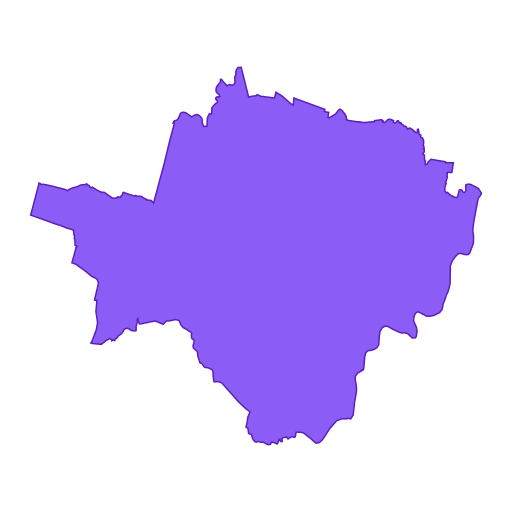 outline of Kota Surakarta, Jawa Tengah, Indonesia
{"feature_id": "22746128B33460906687482", "entity_name": "Kota Surakarta", "entity_type": "district", "adm_level": 2, "iso_a3": "IDN", "parent_name": "Indonesia", "parent_adm1": "Jawa Tengah", "projection": "natural_earth1", "projection_center": [110.818, -7.559], "detail": "fine", "context": "isolated", "style": "filled", "palette": "violet", "viewbox_px": 512, "rotation_deg": 0, "n_neighbors": 0, "source": "geoboundaries", "source_scale": "gbopen_adm2", "svg_char_len": 6038}
<svg xmlns="http://www.w3.org/2000/svg" viewBox="0 0 512 512"><path d="M173.1,123.1L174.1,123.1L174.1,124.3L173.5,126.7L170.0,139.5L164.6,162.0L153.6,203.0L151.0,200.4L147.8,200.1L146.7,199.3L146.2,200.0L144.9,198.5L142.6,197.5L141.9,196.5L137.1,196.1L135.5,195.5L135.0,196.1L127.8,194.0L123.5,192.3L123.1,192.6L122.0,195.3L121.2,195.8L120.5,197.4L118.3,196.8L117.4,196.9L117.0,197.3L116.6,198.2L112.5,198.1L104.4,192.4L101.1,192.1L100.1,191.7L96.5,189.8L92.3,187.1L92.0,187.5L90.6,187.7L88.9,185.3L87.8,185.1L86.7,183.8L84.7,184.7L83.2,184.6L80.5,185.1L77.0,186.8L75.2,187.1L74.1,187.7L73.4,187.6L68.7,189.6L67.4,190.7L65.6,189.6L50.9,185.8L43.0,184.2L41.1,184.5L40.2,183.5L39.1,183.0L30.7,215.1L56.1,224.2L59.7,225.2L66.4,227.9L73.4,230.0L73.9,234.9L74.5,235.7L74.4,238.8L74.9,240.4L75.1,245.3L76.5,245.7L76.7,246.2L76.2,247.0L76.5,247.1L76.2,247.3L71.9,262.8L76.0,264.3L80.5,267.7L83.2,269.4L91.9,276.5L94.4,277.6L97.1,279.3L98.1,282.0L98.4,283.5L94.5,300.1L96.9,300.5L95.9,311.6L97.4,321.4L97.4,323.6L96.3,329.8L91.9,341.4L90.8,343.0L91.6,343.4L101.3,344.4L106.4,340.4L109.9,338.5L111.3,339.6L111.9,339.7L111.9,340.7L113.4,340.0L114.7,340.6L115.1,339.4L117.8,337.1L117.8,336.5L118.2,336.0L121.7,333.6L123.6,330.8L123.9,329.5L125.9,328.6L127.2,328.3L128.7,328.7L131.2,330.4L133.4,330.9L135.9,330.8L136.2,330.2L136.1,326.8L137.4,321.0L137.2,319.3L138.0,318.6L137.9,320.7L138.3,321.6L139.3,323.8L140.1,324.0L143.2,323.5L144.8,322.7L145.8,323.0L149.0,322.2L150.3,321.6L151.9,321.8L153.9,321.0L155.9,321.3L163.3,324.3L166.4,320.9L169.3,320.9L175.5,319.6L178.2,320.2L179.4,321.1L180.7,324.5L183.1,327.6L186.2,329.2L189.1,331.2L190.8,332.1L191.4,332.7L191.7,333.6L191.3,335.4L191.6,337.7L192.1,338.8L193.5,339.6L194.0,340.6L194.1,341.8L193.0,345.7L193.4,348.0L197.2,351.5L197.6,353.2L197.8,355.9L200.0,362.9L201.7,363.4L204.3,367.0L205.8,367.7L206.8,367.5L208.9,368.1L211.8,369.5L212.3,370.0L213.1,372.3L213.1,375.9L213.9,381.4L214.3,381.9L217.2,381.6L218.8,381.8L221.2,382.6L222.4,383.6L238.3,401.6L245.9,408.8L250.0,411.8L247.9,417.1L247.5,418.9L247.2,422.1L246.0,427.0L246.2,427.4L247.9,428.2L248.6,433.4L249.6,434.0L251.4,434.3L252.5,438.3L253.6,440.4L254.6,441.1L255.1,441.9L256.5,442.1L258.2,441.5L261.3,442.3L262.8,442.2L264.5,442.8L267.3,444.4L268.8,444.7L270.3,444.4L270.7,444.0L271.4,442.1L271.9,442.0L275.2,443.0L276.9,444.0L277.4,443.8L277.8,443.2L279.1,439.4L279.7,439.4L280.3,441.1L281.4,441.7L282.0,441.6L282.3,441.2L282.3,440.4L281.7,438.8L283.0,437.8L286.4,437.0L286.8,437.2L287.7,438.8L288.2,438.9L290.4,437.3L292.1,436.6L294.2,437.4L295.0,437.1L295.6,435.4L296.0,432.3L297.3,432.1L302.4,432.5L303.6,433.0L310.4,438.3L315.2,442.6L316.0,443.1L318.5,442.9L320.1,442.0L322.0,440.2L324.3,437.2L329.6,428.7L336.8,420.6L341.7,418.9L346.4,418.8L349.2,418.4L350.7,418.9L353.2,415.0L354.7,401.4L356.2,393.2L356.6,389.4L356.1,384.2L355.3,380.3L355.2,377.7L355.5,376.1L357.6,373.1L362.5,370.3L361.3,369.7L363.0,370.0L363.8,368.3L364.7,357.0L365.8,352.8L367.7,350.8L371.9,350.2L374.9,349.0L376.6,347.9L377.6,346.7L378.7,344.7L379.3,336.8L380.0,331.4L382.1,327.9L383.7,326.8L386.2,326.0L388.1,326.6L393.2,329.5L398.0,331.7L401.6,333.0L404.4,332.7L407.5,333.5L412.3,338.0L415.0,337.9L416.2,336.8L417.1,331.2L416.3,327.0L413.6,320.9L413.8,317.5L415.1,313.9L416.6,312.3L418.1,311.8L420.7,313.0L426.5,316.2L429.5,316.2L433.2,315.6L435.7,314.6L439.7,312.5L442.2,309.3L443.1,304.2L445.7,297.5L446.2,295.3L447.7,292.5L448.7,289.6L450.1,283.5L450.4,265.7L452.3,260.8L454.9,257.2L457.7,254.2L459.2,253.4L461.7,253.6L464.8,254.6L468.1,254.6L469.7,253.1L473.4,243.4L473.6,236.7L472.8,230.6L473.1,226.9L474.0,220.5L478.2,198.2L479.5,196.9L480.7,194.7L481.2,194.2L481.3,192.8L478.3,188.4L470.6,184.3L467.8,184.1L465.9,184.8L465.6,186.6L466.0,189.9L465.4,191.5L464.4,192.5L463.0,192.0L461.8,190.0L460.5,189.6L459.2,190.2L457.7,196.4L456.6,197.6L454.2,197.1L449.5,194.5L449.3,194.0L447.2,192.3L446.0,192.8L444.9,190.6L444.8,187.4L446.2,183.3L445.9,182.9L445.7,181.7L446.1,181.2L447.4,177.1L447.4,176.7L447.0,176.2L447.4,173.4L446.8,172.9L448.1,172.2L451.0,172.6L451.9,172.5L453.3,162.7L445.6,162.7L445.6,162.0L445.2,161.7L430.9,159.3L428.0,162.2L427.2,164.2L425.2,164.5L425.4,160.9L424.6,160.1L424.4,155.0L422.7,154.0L424.3,151.7L424.3,149.7L423.5,148.6L423.6,148.2L424.1,148.2L423.8,146.1L423.2,145.3L423.7,142.6L423.5,140.1L422.4,137.8L421.4,137.8L420.6,137.1L420.9,135.3L420.3,134.7L419.1,134.4L418.9,131.8L418.3,129.2L417.5,129.4L417.3,130.1L417.4,132.0L416.8,132.8L415.8,132.6L414.4,131.1L413.7,131.2L413.1,130.0L409.9,128.0L408.7,128.4L407.6,129.2L406.3,126.9L405.6,126.2L404.4,126.4L403.0,124.8L401.5,124.1L401.2,123.1L400.8,122.7L400.2,123.2L399.8,123.0L398.2,120.7L397.3,120.8L395.8,122.7L394.7,123.0L393.4,122.5L393.3,121.5L393.7,120.8L393.5,120.5L393.1,120.7L392.2,120.4L391.8,119.6L390.3,119.7L389.9,119.2L388.0,119.5L385.0,122.4L383.0,122.4L383.1,121.3L382.8,121.5L382.4,121.3L382.4,120.7L381.7,119.7L374.6,120.6L374.5,121.6L363.4,122.6L359.0,121.7L358.9,122.0L347.4,120.3L346.9,119.9L346.9,119.1L346.5,119.1L346.1,116.2L345.7,116.0L345.4,114.9L345.0,114.7L344.7,113.4L344.2,113.3L343.5,112.6L342.5,110.8L339.8,109.1L338.6,110.1L335.4,114.1L329.2,117.8L327.9,117.4L328.7,112.4L324.4,111.6L324.9,109.4L293.9,98.0L293.3,105.1L290.5,103.5L282.2,96.1L276.0,92.2L274.5,98.0L260.5,96.2L257.6,94.7L256.5,95.2L256.0,95.8L252.0,96.2L248.6,97.0L241.2,67.3L238.0,67.5L236.2,70.1L235.8,71.8L235.9,75.1L234.8,76.6L234.9,83.2L233.4,84.8L231.8,85.0L229.6,84.6L228.0,85.2L226.8,86.0L225.9,84.5L223.1,81.6L221.4,79.3L220.5,79.4L220.4,82.0L217.2,85.9L216.4,87.3L216.0,89.9L216.1,91.3L217.0,92.9L219.1,94.8L219.9,96.4L219.3,96.8L216.9,96.9L216.1,97.4L215.8,98.3L215.8,99.2L217.4,101.0L217.5,102.0L217.3,102.5L214.7,104.3L211.8,108.0L211.8,112.2L211.3,114.2L209.4,113.6L207.4,117.8L206.9,126.3L203.8,126.4L202.5,124.0L202.4,121.4L201.8,118.2L200.1,116.3L198.2,114.9L196.9,114.5L194.5,115.1L191.7,116.9L186.0,112.9L183.7,112.2L181.6,112.5L180.5,113.4L178.1,118.9L176.9,120.0L173.8,121.2L173.1,123.1Z" fill="#8b5cf6" stroke="#5b21b6" stroke-width="1.5"/></svg>